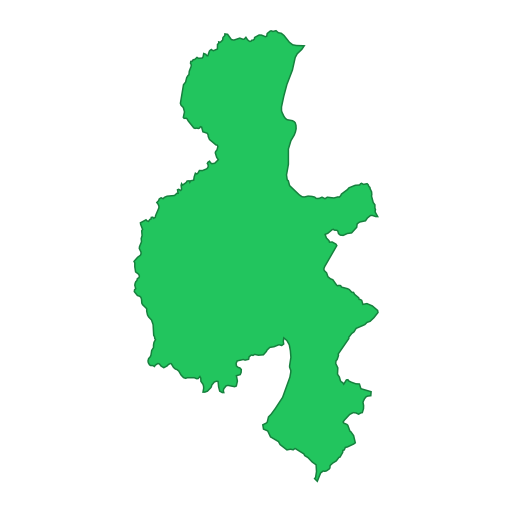 Porto Nacional, Tocantins, Brazil (Natural Earth projection)
{"feature_id": "56859067B7775262442491", "entity_name": "Porto Nacional", "entity_type": "district", "adm_level": 2, "iso_a3": "BRA", "parent_name": "Brazil", "parent_adm1": "Tocantins", "projection": "natural_earth1", "projection_center": [-48.464, -10.549], "detail": "fine", "context": "isolated", "style": "filled", "palette": "green", "viewbox_px": 512, "rotation_deg": 0, "n_neighbors": 0, "source": "geoboundaries", "source_scale": "gbopen_adm2", "svg_char_len": 6061}
<svg xmlns="http://www.w3.org/2000/svg" viewBox="0 0 512 512"><path d="M268.5,416.9L267.3,421.9L266.6,422.9L262.8,424.8L263.5,429.1L267.7,430.9L270.5,436.9L278.5,441.6L280.1,444.6L286.9,449.9L290.5,449.2L293.2,449.8L295.0,448.5L296.0,449.0L303.9,453.9L304.7,455.6L308.0,457.6L312.2,462.0L316.1,464.8L316.5,471.6L315.6,477.4L314.6,478.6L317.3,481.3L320.6,473.0L323.2,471.0L324.7,471.3L326.4,470.9L329.2,469.0L329.9,467.9L330.1,465.5L332.7,463.1L336.3,460.9L338.9,457.4L340.0,457.1L342.7,452.4L342.9,450.4L344.3,449.9L345.3,447.4L347.3,447.0L353.7,444.0L355.3,442.8L353.6,435.6L350.8,431.7L349.9,431.1L347.8,425.3L346.8,424.4L343.8,423.1L343.1,422.0L344.4,420.1L349.7,414.4L353.2,412.6L355.9,412.9L358.6,414.2L360.8,412.9L362.3,412.6L363.5,408.7L363.6,405.5L363.0,402.5L363.3,401.3L364.5,398.8L366.1,396.8L367.6,396.1L370.8,395.7L371.1,391.7L360.9,388.7L359.4,384.0L355.8,383.8L351.3,382.2L348.7,380.9L347.9,379.7L346.4,379.9L343.7,384.2L342.7,382.6L341.2,381.8L340.4,380.7L339.4,377.1L337.5,374.2L337.8,367.9L335.7,363.5L336.0,360.8L337.1,359.6L338.1,356.7L338.5,355.2L338.2,354.0L348.8,338.6L348.8,337.2L351.7,333.5L354.0,331.8L356.1,328.4L364.8,324.6L367.0,322.4L370.1,321.3L373.9,317.7L378.0,312.5L377.6,310.4L372.3,305.9L366.9,303.6L362.9,304.4L361.7,300.4L360.5,299.6L359.2,299.4L358.7,297.8L354.6,294.4L353.5,292.4L351.8,292.3L349.3,289.6L347.6,288.7L341.5,287.1L340.6,285.6L338.8,285.4L337.6,285.8L336.6,285.1L332.8,279.7L330.3,278.7L327.9,276.7L326.6,272.9L324.3,270.6L323.8,269.0L324.6,266.7L336.8,245.6L335.9,244.1L332.2,242.0L329.5,242.2L329.0,240.7L326.4,238.0L325.1,234.4L327.8,233.3L332.1,229.7L333.3,229.3L334.3,230.1L336.9,230.3L337.9,231.2L338.5,233.6L340.3,235.1L343.2,235.4L347.3,233.5L351.6,232.9L356.7,227.3L357.1,224.0L358.5,222.8L359.8,222.0L365.5,220.8L367.4,218.0L370.5,215.5L372.2,215.4L375.9,216.6L377.7,216.6L375.3,212.3L375.1,211.0L375.5,209.7L374.9,208.1L374.9,204.8L373.2,202.5L371.5,196.0L371.8,194.8L371.6,191.9L370.1,188.7L369.9,187.4L368.8,186.4L368.2,184.8L367.1,183.7L363.5,184.4L361.5,183.3L360.5,183.8L359.7,185.0L355.2,185.3L349.0,187.8L347.4,189.6L341.4,194.1L340.7,195.7L339.3,197.1L337.9,196.9L333.9,198.0L327.3,197.2L325.0,198.7L322.0,197.2L319.4,198.3L317.5,198.5L315.9,198.3L314.7,197.1L311.8,196.4L308.1,196.1L304.4,197.0L302.2,196.8L299.3,194.9L289.6,185.6L288.3,180.8L287.2,179.8L286.5,174.9L288.4,164.3L288.4,149.0L290.9,140.7L294.2,135.1L295.4,132.0L296.1,128.8L296.0,125.5L295.2,122.8L294.2,121.7L292.5,120.7L287.1,119.7L285.4,118.4L284.0,116.5L282.0,112.3L281.5,110.7L281.5,106.9L283.8,96.1L286.9,84.4L292.4,70.1L295.2,57.5L297.2,53.8L301.8,49.4L304.2,45.8L296.3,45.5L292.7,44.8L289.4,42.3L284.0,35.5L281.3,33.3L278.3,32.7L276.0,30.7L272.8,31.5L271.7,30.9L270.3,31.0L267.2,33.5L266.7,36.2L265.4,36.7L261.5,35.1L259.1,35.0L254.6,37.5L254.4,39.0L253.3,40.1L251.8,40.2L250.9,41.3L249.6,41.4L247.6,39.9L245.9,37.3L244.2,39.1L243.1,39.3L239.8,38.1L233.9,40.1L231.4,39.6L227.6,34.3L224.9,33.9L224.8,35.6L223.0,37.5L222.6,40.1L220.3,42.3L218.7,41.9L218.8,43.2L217.5,44.4L217.4,49.0L213.5,50.7L212.3,50.3L211.4,49.5L210.4,50.1L209.4,51.1L207.8,55.8L206.7,55.6L205.8,54.3L203.7,53.5L203.1,56.9L202.1,58.1L198.4,58.3L197.0,57.4L194.7,59.5L193.2,59.7L192.1,61.3L190.8,61.4L190.5,63.3L191.3,64.8L191.1,66.5L189.3,71.2L188.9,74.8L188.0,75.5L186.7,77.6L185.6,82.1L183.5,84.7L180.4,103.3L181.1,105.3L183.3,107.5L184.5,111.9L183.3,117.4L184.1,118.3L186.4,118.3L187.3,119.2L188.2,120.9L193.8,127.9L195.1,128.4L196.7,128.1L198.4,128.5L199.6,128.0L200.4,126.7L201.6,127.1L202.9,131.8L207.1,133.2L208.0,134.5L208.3,136.7L209.5,139.5L215.9,144.9L217.2,145.1L217.9,146.5L217.0,149.9L215.6,151.6L215.3,152.9L216.7,157.4L218.3,159.7L214.7,163.3L211.8,163.7L210.6,162.8L209.5,161.2L208.0,162.2L207.3,163.5L208.1,164.6L208.2,166.7L207.6,167.9L206.6,168.9L202.4,170.6L199.4,170.5L198.0,173.0L196.8,174.0L195.4,173.2L194.2,176.8L193.7,180.2L190.6,180.8L189.8,182.3L189.2,180.8L187.1,181.0L186.2,182.5L182.5,185.1L181.6,183.7L181.1,185.3L181.6,189.3L180.7,190.5L178.7,189.3L177.5,189.8L178.1,193.3L176.9,193.3L174.5,195.5L167.1,196.2L164.5,197.3L163.1,198.7L161.1,197.8L159.3,198.9L158.5,200.8L156.8,202.5L158.1,204.2L158.9,206.1L158.9,207.8L155.6,215.6L155.3,217.3L153.7,218.3L152.8,217.2L151.3,217.4L151.0,219.0L149.8,219.5L148.5,221.4L147.0,220.9L146.0,219.8L140.4,222.8L140.7,224.5L142.6,229.4L141.7,230.8L142.1,235.6L141.2,238.5L141.5,241.8L139.5,246.7L139.3,248.5L141.0,252.1L141.0,253.9L140.4,255.3L137.6,257.3L134.0,261.4L134.8,262.9L134.8,266.8L135.6,271.9L138.7,274.3L139.4,276.0L139.0,277.6L137.4,278.6L136.9,280.5L135.7,281.8L135.1,283.4L134.8,285.2L135.7,288.7L134.6,289.7L134.3,291.6L137.4,295.5L139.8,296.3L140.9,297.4L141.5,299.2L141.8,303.1L142.6,304.7L146.7,308.7L146.7,311.2L147.5,314.9L148.6,316.9L151.5,320.0L153.1,324.6L153.7,335.3L154.6,336.9L154.7,338.3L155.5,339.6L154.0,342.3L153.5,345.1L153.5,347.6L151.7,350.4L151.0,355.0L150.3,356.7L148.6,358.6L148.0,360.9L148.3,362.7L149.5,364.8L150.6,365.5L153.1,365.6L154.4,366.5L155.4,365.1L157.9,363.5L159.5,364.0L161.0,366.0L163.8,367.7L167.1,365.9L168.4,364.5L170.1,363.6L171.2,363.6L173.5,367.4L175.3,369.0L177.0,369.6L178.8,371.1L181.1,375.1L183.5,377.6L185.6,378.3L187.4,377.7L194.3,377.7L196.6,378.7L198.1,378.6L199.9,376.5L200.8,378.2L200.9,381.3L203.0,384.3L203.5,386.0L203.7,388.1L203.0,392.1L204.9,392.1L207.4,391.2L210.6,387.9L211.3,386.9L211.8,385.0L214.4,381.9L216.7,381.2L218.1,381.5L218.6,386.8L219.7,391.1L222.3,392.6L223.8,392.6L223.3,390.7L223.8,388.7L226.2,385.8L228.0,385.4L234.6,386.7L236.3,386.0L237.4,381.1L236.4,375.7L240.2,374.6L241.1,372.5L241.3,369.5L239.9,367.9L238.3,367.5L236.5,366.1L236.1,363.4L237.2,360.9L243.2,359.5L245.1,360.1L248.6,359.3L249.1,356.8L251.3,355.0L253.0,355.4L254.7,354.4L258.4,355.2L263.4,354.8L266.4,351.4L267.0,350.1L269.8,347.4L274.1,346.7L279.0,344.7L281.7,345.5L283.7,344.0L283.3,341.1L283.8,337.9L286.9,340.5L289.3,344.8L290.4,350.8L290.9,357.4L289.6,365.9L289.6,367.1L290.8,370.5L290.8,372.0L289.9,377.2L282.6,397.4L275.2,408.7L271.1,414.3L268.5,416.9Z" fill="#22c55e" stroke="#15803d" stroke-width="1.5"/></svg>